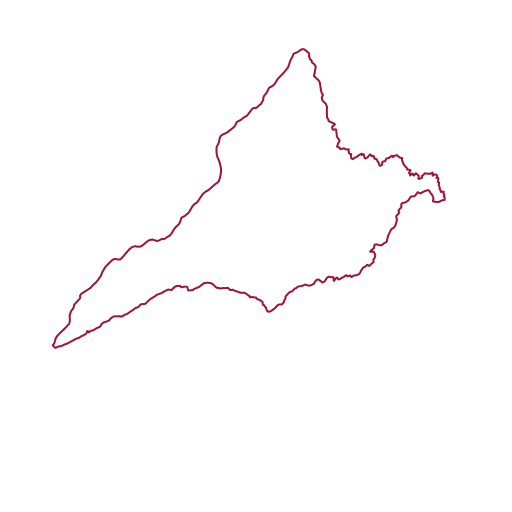 Nariño, Antioquia, Colombia, rotated 37°
{"feature_id": "7082276B90486615303500", "entity_name": "Nariño", "entity_type": "district", "adm_level": 2, "iso_a3": "COL", "parent_name": "Colombia", "parent_adm1": "Antioquia", "projection": "equal_earth", "projection_center": [-75.143, 5.553], "detail": "fine", "context": "isolated", "style": "outline", "palette": "rose", "viewbox_px": 512, "rotation_deg": 37, "n_neighbors": 0, "source": "geoboundaries", "source_scale": "gbopen_adm2", "svg_char_len": 6033}
<svg xmlns="http://www.w3.org/2000/svg" viewBox="0 0 512 512"><g transform="rotate(37 256 256)"><path d="M144.0,367.5L144.2,368.2L144.2,372.4L143.3,377.5L143.0,381.1L139.3,391.1L139.2,393.0L139.6,393.9L140.7,394.9L140.9,396.2L140.1,404.3L141.5,407.3L141.5,411.5L142.9,415.6L146.3,419.7L147.6,422.5L147.0,428.4L145.7,436.2L145.4,439.1L145.5,441.9L147.5,447.3L147.4,449.4L148.2,449.9L151.1,450.1L152.5,447.5L155.1,444.4L156.7,441.3L157.6,440.2L162.1,430.4L164.1,427.3L164.7,425.4L165.9,423.3L167.0,420.6L167.0,419.1L166.5,417.5L167.3,417.2L168.0,417.7L168.4,417.6L169.2,414.9L170.7,413.4L171.9,410.1L173.9,406.5L174.0,405.8L173.6,403.3L174.3,400.7L176.8,397.2L177.5,395.6L177.6,392.9L178.4,390.6L179.0,389.7L181.2,387.8L183.4,386.2L184.1,386.1L184.8,385.1L185.5,384.9L186.5,382.0L188.1,379.5L189.5,374.9L190.4,372.9L190.9,370.2L191.9,369.0L193.0,366.8L192.9,364.7L193.2,363.9L194.0,362.8L195.0,362.3L196.4,360.8L197.0,356.5L197.7,353.4L199.6,348.9L200.1,346.7L203.1,342.2L203.6,340.5L205.7,336.2L206.7,335.2L209.1,334.0L209.4,331.1L209.8,330.4L209.5,330.0L210.5,327.9L213.4,325.5L214.7,325.8L215.6,325.6L217.6,323.2L219.3,322.2L220.3,322.4L222.2,324.2L223.3,323.8L226.1,321.2L226.3,319.8L229.2,314.9L230.7,309.1L233.2,306.6L236.3,304.8L239.0,304.5L242.0,305.0L244.2,304.9L245.7,303.8L247.3,303.4L248.3,301.9L250.7,300.2L252.6,298.4L255.7,298.7L256.7,298.1L257.8,296.8L258.6,296.9L266.1,294.5L269.0,292.2L275.1,291.9L275.3,292.4L276.1,292.5L278.3,290.6L279.4,290.3L280.9,289.2L283.0,289.7L286.2,288.6L287.3,288.9L288.8,288.7L290.8,290.8L292.0,290.4L294.1,291.2L295.2,291.2L295.8,292.0L298.2,293.2L299.6,293.0L301.1,291.1L302.7,285.6L302.8,284.1L302.6,284.0L303.0,281.9L303.5,281.0L305.8,279.0L306.0,276.2L305.5,275.1L305.0,271.9L304.3,271.3L304.0,270.6L304.0,269.1L304.6,264.6L306.2,262.4L306.5,258.9L307.4,257.5L307.8,255.5L309.4,253.5L310.8,252.3L312.2,249.4L315.7,248.1L317.6,246.3L319.0,243.0L318.6,240.8L318.6,239.0L319.7,237.4L320.3,237.1L325.0,237.2L326.1,234.9L325.8,230.6L326.5,228.8L328.3,228.0L330.5,226.4L331.2,226.9L332.7,228.8L333.2,228.8L333.3,224.9L334.0,224.4L335.7,225.1L336.4,224.8L337.0,223.8L337.8,221.5L338.5,220.4L339.5,217.1L341.0,217.3L343.1,214.8L344.5,215.4L345.1,215.1L345.8,212.8L348.0,210.7L349.3,208.1L349.2,206.5L348.7,204.6L348.5,200.9L349.7,198.6L350.1,196.3L350.5,195.9L352.1,195.9L352.7,194.9L352.9,192.7L353.5,190.3L353.1,189.5L351.8,188.1L351.9,186.1L351.2,184.1L350.1,183.0L347.7,181.9L346.7,182.1L345.2,183.6L344.6,183.6L344.4,183.0L345.4,178.9L345.3,178.2L344.0,176.2L344.1,175.3L345.2,174.2L348.6,172.8L349.5,172.2L350.0,171.3L350.5,168.9L351.6,166.8L351.7,165.8L349.3,160.3L348.3,155.4L348.0,152.8L349.1,150.5L349.0,147.8L346.8,142.2L344.6,140.5L344.0,139.6L344.3,135.3L342.4,133.9L342.4,132.1L342.8,129.9L342.4,129.0L340.9,127.4L341.0,125.7L343.2,123.0L344.1,120.3L344.2,119.1L343.9,116.2L344.1,115.1L346.5,112.9L346.8,111.6L346.8,107.7L349.6,107.1L351.4,103.1L353.8,99.8L355.1,99.6L357.6,100.7L360.1,101.3L363.2,103.3L364.0,105.3L364.8,105.8L368.5,103.7L369.6,102.5L371.1,99.5L372.8,97.8L371.9,96.0L370.2,95.4L369.6,93.7L368.1,93.3L367.3,91.9L366.0,92.5L365.0,93.5L363.3,92.1L362.3,92.0L361.7,90.9L359.3,89.4L358.1,87.2L356.8,87.4L354.9,84.2L354.2,84.1L353.2,84.8L352.6,83.1L351.5,82.5L350.0,82.9L349.2,83.9L349.3,84.8L348.9,85.3L348.2,85.1L347.2,83.4L346.7,83.3L345.8,85.2L345.2,85.9L341.0,88.5L340.9,90.8L340.4,92.3L341.3,93.2L341.4,93.8L339.9,96.3L339.4,96.5L338.8,96.2L338.1,94.4L337.6,94.0L334.0,93.7L333.7,96.6L332.9,96.7L331.8,95.9L331.1,96.3L330.8,96.9L330.8,98.3L330.5,98.8L329.4,97.9L328.2,97.5L328.0,96.9L328.2,95.3L327.7,94.6L326.6,94.8L324.8,95.9L323.5,95.0L321.2,94.4L320.3,94.5L319.6,94.0L318.1,93.7L314.7,91.4L313.8,89.9L311.7,90.9L308.0,90.7L307.5,91.0L306.2,92.9L305.8,94.6L305.5,94.6L305.0,93.8L304.2,94.2L303.4,96.4L303.4,97.3L301.5,99.6L302.0,102.7L300.8,103.8L300.4,105.1L301.4,106.8L301.7,108.1L300.7,109.3L299.9,109.3L297.7,107.6L296.4,107.3L294.3,106.2L291.8,106.9L291.0,105.9L289.8,105.4L289.2,105.6L288.6,106.6L286.3,106.1L285.9,106.5L285.7,110.2L284.7,112.3L283.8,112.3L280.6,110.0L280.1,110.3L279.7,111.5L278.7,111.0L277.3,113.9L276.9,116.2L275.5,118.4L275.4,119.6L274.9,120.4L273.5,120.7L271.6,118.9L270.7,117.4L269.6,118.0L268.0,117.7L267.7,117.0L266.7,116.4L265.7,115.1L263.5,116.9L261.4,117.0L259.7,119.4L259.1,119.8L258.4,119.8L257.6,119.1L255.2,119.9L254.7,119.6L254.5,118.2L253.7,116.7L253.7,114.6L253.4,113.7L252.0,112.9L249.9,112.5L248.4,111.6L244.0,106.9L243.1,107.1L241.5,108.8L240.5,108.5L239.7,107.8L239.3,107.4L239.1,106.3L239.8,104.1L239.7,103.4L238.5,103.3L233.2,104.5L232.5,104.4L231.7,103.4L230.1,103.0L229.1,102.2L225.9,98.4L222.9,94.1L220.0,92.4L215.7,91.9L214.2,91.0L213.1,89.7L212.5,87.1L210.4,86.3L208.9,85.2L202.3,78.9L200.6,78.1L194.1,77.4L193.5,76.7L192.6,74.1L191.2,71.9L190.3,69.7L189.4,68.6L187.4,67.8L184.1,67.7L182.8,66.5L180.4,66.3L179.0,65.0L178.2,64.8L177.2,63.0L175.9,62.1L170.6,61.9L169.5,62.2L168.1,63.4L166.1,69.0L164.3,71.7L165.0,74.3L165.8,79.2L168.1,86.0L167.9,92.6L166.8,101.4L167.4,107.9L166.4,111.6L165.5,112.8L165.3,114.4L166.2,118.7L166.1,123.2L166.5,124.9L167.8,127.0L168.5,131.7L167.8,133.9L167.4,136.6L166.7,137.9L165.1,139.2L164.4,140.9L164.4,149.2L162.8,152.9L162.0,156.4L160.1,160.2L160.0,160.9L160.9,164.6L160.8,166.4L158.6,174.7L156.0,179.7L155.6,181.6L155.9,183.2L158.2,188.3L158.8,192.0L159.5,193.6L162.2,197.1L165.0,199.8L170.5,203.0L174.6,206.5L176.6,208.6L178.7,212.2L180.0,215.0L181.2,218.4L181.1,220.3L180.2,223.2L178.5,231.3L177.9,233.2L177.2,234.4L176.2,238.4L176.7,248.7L175.6,251.5L175.3,254.2L176.1,260.8L176.0,262.7L175.0,266.9L173.5,270.1L173.5,270.8L174.6,273.5L175.3,276.4L174.5,281.5L174.4,283.6L175.0,288.7L174.9,291.5L173.8,293.9L172.8,297.0L172.0,298.1L170.5,299.0L169.3,301.8L168.5,303.0L167.1,303.9L163.3,305.2L161.2,307.6L160.5,309.3L159.1,315.3L158.2,317.9L155.5,320.1L153.9,320.6L151.8,323.2L150.8,326.7L150.0,338.8L149.6,340.3L148.6,341.4L144.8,343.5L143.7,345.4L142.3,354.6L142.4,356.9L143.0,361.8L144.2,365.5L144.0,367.5Z" fill="none" stroke="#9f1239" stroke-width="2"/></g></svg>